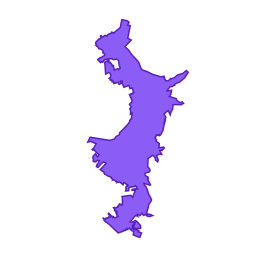 Chiapa de Corzo, Chiapas, Mexico (Mercator projection), rotated 192°
{"feature_id": "50627088B40050898832352", "entity_name": "Chiapa de Corzo", "entity_type": "district", "adm_level": 2, "iso_a3": "MEX", "parent_name": "Mexico", "parent_adm1": "Chiapas", "projection": "mercator", "projection_center": [-92.959, 16.601], "detail": "fine", "context": "isolated", "style": "filled", "palette": "violet", "viewbox_px": 256, "rotation_deg": 192, "n_neighbors": 0, "source": "geoboundaries", "source_scale": "gbopen_adm2", "svg_char_len": 5802}
<svg xmlns="http://www.w3.org/2000/svg" viewBox="0 0 256 256"><g transform="rotate(192 128 128)"><path d="M134.1,35.1L132.0,33.2L132.2,32.7L130.0,31.3L129.8,31.5L127.3,30.2L126.9,30.2L115.8,23.3L111.8,25.7L111.4,26.4L111.0,26.2L110.4,26.7L110.4,27.1L109.3,27.4L109.2,27.8L109.0,27.6L108.6,28.3L108.0,28.4L108.1,28.7L107.5,28.7L107.6,29.2L107.3,29.0L105.6,30.3L105.0,29.6L102.8,28.3L100.9,28.1L100.7,24.6L96.3,23.7L93.7,23.5L93.0,28.2L93.7,28.1L95.5,28.7L96.5,28.4L96.2,29.9L103.2,30.5L103.0,32.5L103.3,33.3L102.9,34.2L102.3,34.3L101.8,36.9L101.3,36.9L102.1,31.7L99.3,31.1L94.8,32.5L95.5,35.3L99.1,37.9L101.6,39.2L103.9,37.0L103.5,36.7L106.4,36.7L102.4,44.0L100.3,43.7L101.3,44.7L100.8,45.7L98.2,44.7L96.5,47.6L94.7,45.7L92.6,47.2L92.3,46.6L91.0,45.8L90.5,46.1L89.9,45.7L88.3,45.9L85.7,47.5L88.5,48.1L91.0,47.8L92.1,48.9L91.6,55.2L91.8,57.5L90.0,62.0L90.2,63.0L94.7,68.5L95.6,70.5L98.1,74.2L100.0,75.4L100.8,77.1L95.1,76.7L94.8,77.0L94.5,76.7L94.1,77.0L98.4,82.2L97.6,82.7L98.5,84.4L100.7,84.8L101.6,85.8L101.9,87.2L100.8,88.1L98.9,88.8L98.0,89.6L97.6,90.7L98.3,92.5L100.7,94.3L102.0,102.2L98.3,106.4L95.7,105.0L95.0,104.3L95.0,103.6L94.4,102.3L91.9,101.1L91.8,103.2L94.5,107.0L91.6,109.0L89.5,109.2L92.4,112.6L90.9,113.3L90.1,112.9L88.3,116.1L89.1,116.7L93.6,115.2L94.2,119.4L97.4,120.7L98.0,121.2L97.6,122.4L99.4,123.7L99.2,124.5L99.4,124.5L98.5,126.4L98.8,126.9L97.3,127.6L97.0,128.1L97.1,127.1L96.0,127.1L95.9,127.7L95.4,127.2L94.9,127.7L94.4,128.6L93.3,133.4L93.4,138.6L93.1,140.3L94.0,140.5L93.0,142.2L93.7,143.0L93.2,143.2L93.1,143.9L93.8,144.2L93.1,146.2L95.7,149.1L93.8,151.8L92.3,153.4L89.5,149.7L89.4,151.5L88.7,154.6L88.2,155.6L88.5,156.6L88.6,160.1L87.1,160.7L81.8,161.6L80.2,162.1L79.9,163.0L78.8,163.6L80.5,164.9L81.7,163.8L83.2,163.7L84.3,164.5L85.4,164.7L86.3,165.3L86.6,166.5L87.1,166.7L94.1,167.5L93.1,169.9L93.2,174.0L97.4,172.4L96.7,175.0L96.1,175.6L95.3,177.1L94.2,177.8L93.6,177.6L91.2,179.6L91.6,180.2L88.7,182.7L87.1,183.6L83.2,188.6L82.1,191.2L82.4,191.3L81.3,193.2L80.7,195.0L82.9,196.4L85.8,192.7L90.7,190.1L93.1,186.7L95.9,185.2L96.9,185.2L96.9,184.4L98.6,182.5L100.1,182.2L101.2,182.5L103.3,184.8L102.8,185.0L103.6,186.2L106.4,184.9L115.2,185.6L120.8,187.1L126.0,187.8L127.7,189.1L131.1,194.3L132.2,195.4L139.7,200.6L143.5,204.3L147.5,206.6L147.7,207.3L143.1,214.7L147.1,215.9L146.9,218.2L147.1,228.6L149.7,228.5L149.0,231.5L149.3,231.9L151.1,232.7L156.5,232.7L156.5,224.6L162.0,217.7L162.4,217.6L162.8,218.3L163.9,218.4L164.2,217.2L166.8,215.6L167.5,213.9L168.2,213.6L169.5,213.9L170.3,213.4L170.9,212.3L171.5,211.8L172.3,211.8L173.2,212.7L173.8,212.7L174.0,211.9L173.3,210.5L173.7,209.5L175.4,208.8L175.8,207.3L177.0,206.1L177.2,204.8L177.0,203.6L175.7,201.9L176.0,201.8L174.0,200.8L173.2,199.5L170.5,199.4L169.3,198.8L168.3,197.9L168.1,197.1L168.4,196.8L168.2,196.2L167.4,196.3L166.2,195.2L166.0,194.5L166.2,193.8L167.4,193.0L168.1,192.0L170.5,190.5L170.7,189.7L171.3,189.5L171.8,188.5L168.6,186.3L167.8,187.3L167.3,187.5L166.9,186.9L165.5,188.1L165.7,189.0L165.0,190.1L160.4,192.0L158.1,192.3L156.3,191.8L153.8,192.9L152.5,192.8L151.3,191.9L149.6,187.5L148.0,184.8L149.3,183.2L150.0,184.0L152.6,182.6L153.5,181.7L155.2,186.0L156.1,185.3L157.0,186.9L158.9,188.4L159.1,188.5L159.4,188.0L159.9,187.9L160.9,190.4L162.2,189.4L162.0,188.9L163.2,188.7L164.4,186.8L163.7,185.2L161.1,176.1L159.0,177.8L157.8,178.3L156.2,177.0L155.6,175.1L155.9,173.5L156.8,172.6L155.3,171.8L155.1,171.2L154.4,171.8L153.9,171.6L153.7,170.7L153.2,170.7L153.3,170.5L152.8,170.4L152.8,170.1L152.2,170.5L151.1,168.6L150.2,169.4L150.0,169.0L147.2,170.7L145.8,168.8L143.8,170.3L145.3,172.0L143.8,172.8L143.1,170.9L140.5,167.0L135.8,169.9L134.4,167.0L132.0,168.0L130.0,164.2L130.6,164.0L130.2,162.6L132.4,161.9L132.2,161.5L133.5,161.0L132.4,159.7L132.3,158.9L130.7,157.7L130.9,157.3L130.6,156.8L129.9,156.0L129.7,153.7L130.2,153.7L131.5,151.5L129.1,149.2L130.1,147.7L129.9,147.4L130.2,147.1L128.8,144.8L128.5,142.0L127.0,143.3L126.6,137.7L126.9,137.7L127.9,135.5L127.5,135.0L129.0,131.4L134.8,122.1L135.2,121.8L134.9,120.7L135.4,119.2L136.8,118.2L138.3,116.5L138.6,115.0L139.0,114.4L143.3,112.1L163.1,111.1L164.4,105.8L161.9,107.1L155.9,106.0L157.4,101.2L158.6,99.6L157.7,99.1L157.2,99.8L150.7,95.7L152.0,93.5L154.4,96.1L156.3,93.1L156.0,91.0L155.2,90.0L155.1,88.2L153.7,87.9L153.2,88.5L152.5,88.2L151.2,90.0L149.8,90.2L149.0,89.9L150.9,85.2L150.6,85.0L150.9,83.7L149.2,83.1L146.9,87.2L144.7,89.9L142.1,88.8L146.5,81.5L144.0,80.4L142.8,80.2L142.0,79.4L142.0,78.8L141.0,77.9L140.1,77.9L138.2,77.0L134.3,76.4L133.9,75.4L132.6,74.5L132.2,74.5L132.2,74.3L132.0,74.6L131.0,74.1L129.9,74.1L128.7,73.1L128.1,73.4L127.6,72.6L127.5,72.9L126.1,72.9L125.0,73.4L121.0,71.5L120.8,73.7L118.5,73.1L117.4,72.2L116.7,72.5L116.7,72.1L116.1,71.7L116.7,71.1L117.0,71.1L117.8,69.8L117.3,68.4L117.3,65.9L114.3,66.8L114.7,69.8L113.8,70.5L109.5,72.0L108.8,73.1L107.0,72.0L107.1,70.8L106.3,70.4L109.0,69.8L111.2,68.7L111.0,67.8L107.8,69.0L109.1,61.1L111.2,62.8L119.6,59.7L118.9,58.2L118.4,55.6L118.0,55.3L118.0,53.8L117.7,53.5L117.9,52.9L117.5,51.7L118.7,51.2L119.2,51.8L120.3,52.1L120.7,51.9L121.0,49.8L121.5,49.7L122.1,48.8L121.7,48.3L124.3,46.9L124.7,47.5L125.6,47.0L124.8,46.2L124.3,46.4L124.2,45.5L123.5,44.9L123.8,44.4L123.3,44.3L123.0,43.9L122.2,44.4L121.9,44.2L122.3,44.0L122.2,43.7L121.4,43.5L120.9,42.1L121.5,41.8L121.9,42.2L121.8,41.8L120.5,40.2L119.9,39.7L119.5,39.8L119.2,39.3L122.6,37.3L123.8,38.3L124.1,38.0L123.9,37.7L124.4,37.4L124.9,38.4L126.7,38.6L127.1,39.3L128.1,39.7L129.0,40.7L129.4,40.1L129.1,39.5L128.8,39.2L128.1,39.3L128.3,39.0L127.9,38.7L127.8,39.1L127.3,39.0L127.0,38.6L127.3,38.4L126.5,37.5L127.1,37.2L127.4,37.4L127.5,37.2L128.2,37.1L128.6,36.8L128.5,36.1L129.6,35.9L129.7,35.5L130.4,35.4L131.1,34.5L131.3,34.7L131.7,33.8L134.1,35.1Z" fill="#8b5cf6" stroke="#5b21b6" stroke-width="1.5"/></g></svg>